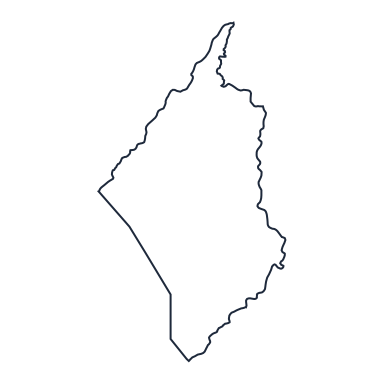 Tete Chemin/Millet, Anse-la-Raye, Saint Lucia (Robinson projection)
{"feature_id": "8701671B40430448784583", "entity_name": "Tete Chemin/Millet", "entity_type": "district", "adm_level": 2, "iso_a3": "LCA", "parent_name": "Saint Lucia", "parent_adm1": "Anse-la-Raye", "projection": "robinson", "projection_center": [-60.996, 13.893], "detail": "fine", "context": "isolated", "style": "outline", "palette": "slate", "viewbox_px": 384, "rotation_deg": 0, "n_neighbors": 0, "source": "geoboundaries", "source_scale": "gbopen_adm2", "svg_char_len": 5927}
<svg xmlns="http://www.w3.org/2000/svg" viewBox="0 0 384 384"><path d="M233.5,23.0L233.4,23.1L232.5,23.1L231.4,23.2L230.5,23.1L229.3,23.5L228.9,23.6L228.1,24.1L226.3,24.5L225.2,24.8L223.6,25.9L222.0,27.8L220.0,31.3L219.3,32.4L218.2,34.5L217.4,35.6L216.1,36.8L214.6,38.0L213.5,38.9L212.8,40.0L211.8,42.6L211.4,44.6L210.3,48.3L209.5,50.6L208.9,51.7L207.6,53.8L205.5,56.9L203.5,58.9L202.1,60.2L201.1,61.0L199.5,61.9L198.2,62.4L196.8,63.0L195.5,64.4L194.5,67.2L193.9,69.3L193.1,71.2L192.1,72.9L191.3,73.8L191.3,75.0L192.8,76.4L192.9,78.1L192.0,80.5L191.2,82.0L190.2,83.6L189.4,84.6L187.9,87.1L187.0,88.6L185.6,89.5L184.0,90.0L182.9,90.3L180.4,91.7L177.1,91.0L174.8,89.9L172.8,89.8L170.9,91.1L169.2,93.9L168.0,96.5L166.9,97.9L166.3,99.3L165.9,100.3L165.7,101.0L165.6,101.6L165.7,102.8L165.3,104.4L164.3,106.7L163.9,107.7L163.4,108.5L161.3,109.3L160.0,109.9L159.2,110.4L158.3,111.1L158.2,111.3L157.4,113.1L157.1,114.0L156.8,115.3L155.7,117.1L155.2,117.8L154.3,118.6L152.5,120.3L150.0,122.5L148.2,124.1L146.3,126.6L145.8,128.9L146.5,132.2L146.2,133.9L145.3,135.9L145.1,138.2L145.1,138.4L144.7,140.5L144.2,142.1L143.5,142.6L142.3,143.1L141.6,143.3L140.6,143.4L139.8,143.7L138.7,143.9L138.3,144.1L137.7,144.5L137.4,144.9L137.2,145.1L136.9,145.9L136.6,146.8L136.5,147.3L135.6,148.7L135.0,149.2L134.7,149.4L133.9,149.8L132.6,150.0L130.4,150.2L130.1,151.3L130.2,152.0L130.1,152.6L130.0,153.0L129.8,153.5L129.7,153.7L128.9,154.7L128.5,155.0L128.1,155.5L127.9,155.8L126.2,156.8L124.6,157.0L123.1,157.6L122.5,157.8L122.3,157.9L122.2,158.2L121.7,158.8L121.2,160.0L120.8,161.2L119.4,163.5L117.9,164.1L116.7,165.9L116.2,167.2L115.2,168.1L114.2,169.9L112.8,170.3L112.5,171.1L112.1,172.4L111.9,174.3L111.9,174.5L112.7,176.3L113.4,177.6L113.1,178.7L111.4,179.8L110.0,180.6L108.1,181.9L104.3,185.1L102.4,186.6L101.2,187.6L100.5,188.4L99.8,189.4L99.3,190.7L99.2,191.1L98.6,191.4L129.4,226.6L145.4,252.7L170.6,294.5L170.6,339.0L186.6,358.9L188.8,361.0L189.8,360.0L190.1,359.5L190.7,359.0L192.3,357.4L195.0,356.2L197.7,354.6L201.3,353.8L203.2,353.0L204.7,351.6L206.6,347.7L206.9,347.2L207.2,346.6L207.9,345.1L208.9,344.3L210.1,342.5L210.2,342.0L210.1,341.0L209.6,339.9L209.4,339.2L209.3,338.9L209.0,337.7L209.6,336.6L210.7,335.5L211.2,335.1L212.3,334.1L212.9,333.8L213.1,333.6L214.9,332.8L215.2,332.8L215.9,332.5L216.9,331.9L217.2,331.4L217.2,330.8L218.8,328.1L219.6,327.8L220.7,327.2L222.5,326.3L222.9,325.5L223.6,324.9L223.9,324.7L225.1,323.7L226.1,323.6L228.1,323.1L229.6,322.3L229.6,321.2L228.9,319.1L229.0,318.6L228.9,318.2L229.1,317.3L229.3,315.7L229.7,315.2L229.8,314.7L231.1,313.2L231.3,313.0L231.6,312.7L234.3,311.6L235.9,310.7L236.9,310.2L237.8,309.8L241.2,308.4L242.5,308.2L243.8,307.9L245.3,307.3L246.2,306.6L246.3,306.3L246.2,306.0L246.3,306.2L246.5,305.5L246.3,303.6L246.1,302.0L246.1,300.5L246.4,299.9L247.1,298.9L248.5,298.4L250.0,298.3L253.5,298.9L254.6,299.0L255.2,298.9L255.8,298.7L256.6,298.1L256.9,297.5L256.8,296.8L257.0,295.7L256.9,294.8L257.2,294.2L257.3,293.8L258.5,293.2L258.9,293.0L259.0,293.0L259.5,292.8L260.6,292.7L262.0,292.4L263.0,291.7L264.0,290.7L265.0,289.0L265.4,286.3L265.5,285.3L266.0,282.0L266.3,280.7L267.2,277.6L267.8,276.5L268.4,275.5L269.1,274.2L270.2,271.8L270.4,271.3L270.8,270.5L271.2,269.5L272.1,266.4L272.3,266.3L273.5,264.9L274.5,264.4L275.1,264.6L275.6,264.8L276.2,265.6L277.8,267.5L280.1,268.5L280.4,268.6L281.1,268.7L282.3,268.2L283.2,267.2L283.3,266.8L283.5,266.0L282.9,265.5L281.2,264.8L281.0,264.3L280.7,264.0L280.2,263.3L280.6,262.3L281.2,261.3L282.1,260.8L282.6,260.3L282.8,260.0L283.3,259.2L284.4,256.6L284.8,255.1L284.8,253.6L284.5,253.3L282.5,252.1L281.6,250.3L281.8,249.5L282.1,248.4L282.4,247.4L282.6,246.8L283.9,243.9L284.1,243.6L284.5,242.6L285.4,240.0L285.1,238.9L284.7,238.0L283.6,237.6L282.7,237.2L281.8,237.0L281.4,236.4L281.1,236.1L278.7,232.8L277.4,231.1L276.2,230.0L274.9,229.2L274.0,228.9L272.3,228.7L270.3,227.8L269.0,227.0L268.3,226.0L267.8,224.8L267.7,224.2L267.6,222.2L267.4,219.4L266.9,215.4L266.7,214.2L266.1,212.3L265.7,211.4L265.0,210.6L264.3,210.0L262.9,209.5L261.4,209.0L258.9,208.0L258.2,207.3L257.5,206.3L257.5,205.7L257.9,204.2L260.0,202.1L260.7,200.2L261.2,198.1L261.4,195.4L261.4,192.8L261.4,190.2L261.0,189.3L260.8,188.9L259.6,186.9L258.8,184.7L258.6,183.7L258.6,182.4L258.6,182.0L259.1,181.0L259.6,179.9L260.7,177.6L261.4,175.6L261.5,174.3L261.6,172.0L261.2,171.4L261.0,171.2L260.1,170.1L258.7,168.9L258.2,168.2L258.0,166.9L258.1,166.2L259.9,164.2L260.3,163.0L260.1,161.6L259.4,160.8L257.7,158.7L257.4,158.3L256.8,156.6L256.6,155.0L256.7,152.1L257.2,150.5L258.0,149.1L258.8,148.1L259.0,147.9L260.2,146.4L261.0,145.0L261.5,143.6L261.5,142.0L261.2,141.5L259.7,140.3L258.9,139.5L258.4,138.4L258.8,137.7L260.0,136.4L260.2,135.6L260.4,134.0L260.3,132.8L260.2,131.9L260.2,131.4L260.2,130.9L260.5,130.3L261.4,129.3L261.8,129.1L262.7,128.6L263.3,128.2L263.7,126.2L263.5,124.2L263.5,122.0L263.8,119.9L264.0,119.3L264.9,117.2L265.6,115.3L265.9,113.7L265.9,112.8L263.9,109.8L262.9,106.3L262.2,106.4L259.2,106.3L257.9,106.1L256.8,106.4L255.3,106.4L254.2,106.0L251.6,102.9L250.6,101.6L250.6,98.0L251.0,93.3L250.2,91.5L248.7,90.5L247.1,90.2L243.7,89.8L242.0,90.3L240.6,90.5L238.2,89.7L236.9,88.9L235.2,87.6L232.3,85.6L229.3,84.0L228.3,83.9L226.7,85.1L225.6,86.2L223.8,86.8L221.9,86.1L221.4,85.7L222.7,84.6L223.4,84.2L223.9,83.3L223.9,81.7L224.2,80.5L223.7,79.8L222.7,79.0L222.7,77.4L222.2,76.4L220.6,75.1L219.8,73.9L218.8,73.7L217.6,73.6L216.8,71.4L217.2,69.5L218.1,68.5L219.2,68.2L219.9,67.6L220.1,65.8L221.2,63.8L221.0,62.1L221.0,60.3L220.0,59.4L219.1,58.7L219.1,57.3L220.0,56.4L222.3,56.7L224.7,56.8L225.5,56.7L225.6,55.9L224.0,54.4L223.9,53.5L224.5,53.1L225.1,52.1L224.8,50.9L223.7,50.3L223.7,49.1L224.6,48.3L225.4,47.3L225.7,46.2L225.5,45.3L226.5,43.6L226.9,41.4L226.9,39.5L227.6,38.3L228.3,36.3L229.2,34.6L229.7,33.3L229.5,31.8L229.5,30.2L230.6,29.2L230.7,28.0L231.2,27.5L232.0,27.1L233.0,26.4L233.8,24.5L233.5,23.0Z" fill="none" stroke="#1e293b" stroke-width="2"/></svg>